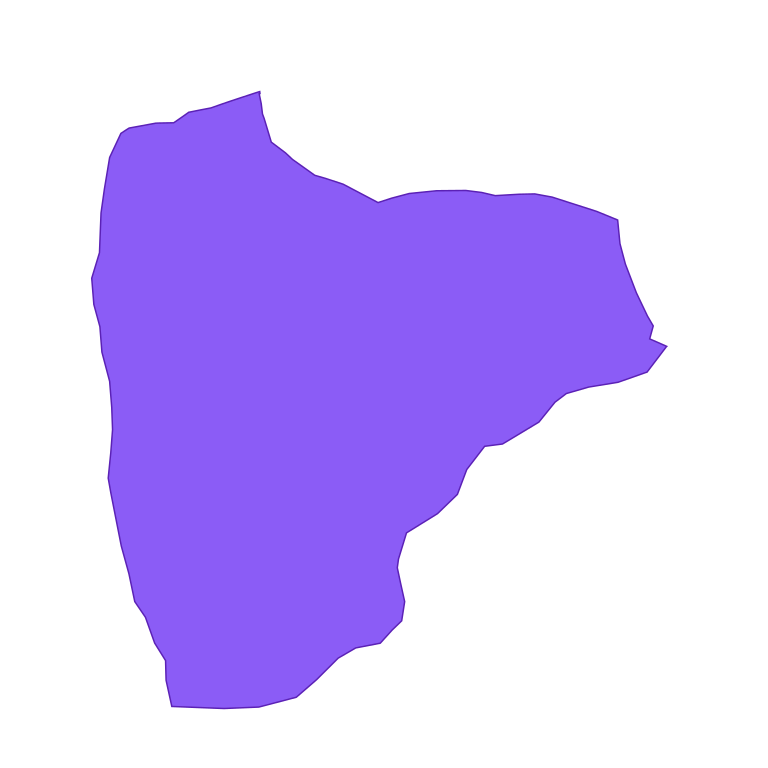 Etrek, Balkan, Turkmenistan, rotated 353°
{"feature_id": "10190150B33098588070062", "entity_name": "Etrek", "entity_type": "district", "adm_level": 2, "iso_a3": "TKM", "parent_name": "Turkmenistan", "parent_adm1": "Balkan", "projection": "orthographic", "projection_center": [54.674, 38.185], "detail": "fine", "context": "isolated", "style": "filled", "palette": "violet", "viewbox_px": 768, "rotation_deg": 353, "n_neighbors": 0, "source": "geoboundaries", "source_scale": "gbopen_adm2", "svg_char_len": 1375}
<svg xmlns="http://www.w3.org/2000/svg" viewBox="0 0 768 768"><g transform="rotate(353 384 384)"><path d="M139.3,125.7L130.3,156.2L124.0,179.7L117.6,219.0L106.8,243.4L105.7,269.7L109.0,292.5L107.9,318.0L112.0,347.9L110.9,374.3L109.0,396.3L104.4,419.1L98.8,443.8L99.6,458.8L101.9,490.7L103.5,512.8L107.7,541.2L110.1,569.6L118.8,586.5L124.8,613.2L133.5,631.9L131.6,651.5L134.1,678.2L185.7,686.6L220.4,689.4L258.8,684.2L281.1,669.2L305.1,650.5L323.8,642.5L348.7,640.8L362.1,629.2L372.7,621.2L378.0,602.5L376.2,583.9L374.8,568.0L377.1,559.4L388.2,534.5L421.3,519.2L443.4,502.5L455.7,479.0L476.3,458.1L494.3,458.0L533.1,440.7L551.5,422.9L563.8,415.7L586.7,412.0L616.6,410.8L644.8,404.6L646.5,404.3L662.2,388.2L668.6,381.6L669.2,381.1L653.2,371.6L658.3,359.2L653.8,348.7L647.8,330.8L645.6,324.2L638.2,294.4L635.3,273.4L635.9,249.7L616.3,238.7L615.9,238.5L573.7,219.0L556.8,213.7L540.9,212.1L517.4,210.6L504.3,205.8L488.8,201.9L459.7,198.6L432.2,198.0L414.1,200.5L400.2,203.2L367.8,180.7L351.0,172.8L340.7,168.4L320.6,150.0L314.4,142.6L301.6,130.2L297.4,105.8L296.3,101.2L296.3,90.8L295.5,80.7L296.3,80.6L296.3,78.6L291.9,79.4L275.7,82.6L265.8,84.6L257.7,86.3L245.8,88.9L235.3,89.6L223.2,90.5L222.4,91.0L215.7,94.6L207.1,99.1L192.7,97.6L189.2,97.3L170.7,98.4L162.2,98.9L158.6,100.6L153.4,103.2L150.2,108.3L139.3,125.7Z" fill="#8b5cf6" stroke="#5b21b6" stroke-width="1.5"/></g></svg>